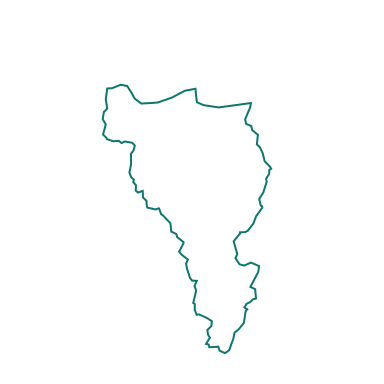 the district of Maunabo, Puerto Rico, rotated 221°
{"feature_id": "32010507B22166841242195", "entity_name": "Maunabo", "entity_type": "district", "adm_level": 2, "iso_a3": "PRI", "parent_name": "Puerto Rico", "parent_adm1": "", "projection": "equal_earth", "projection_center": [-65.926, 18.02], "detail": "fine", "context": "isolated", "style": "outline", "palette": "teal", "viewbox_px": 384, "rotation_deg": 221, "n_neighbors": 0, "source": "geoboundaries", "source_scale": "gbopen_adm2", "svg_char_len": 1901}
<svg xmlns="http://www.w3.org/2000/svg" viewBox="0 0 384 384"><g transform="rotate(221 192 192)"><path d="M61.3,92.1L60.1,97.2L62.4,102.6L64.3,107.9L67.6,113.7L66.7,119.1L66.9,127.1L73.3,137.2L73.3,139.7L76.7,139.3L77.5,143.3L75.8,147.3L75.6,151.1L73.8,153.6L80.6,160.1L85.7,158.7L89.5,175.0L92.7,180.1L101.2,177.4L104.3,170.8L108.8,168.6L115.8,170.6L117.1,174.8L128.2,182.1L128.5,192.2L129.3,193.1L125.7,196.4L124.5,199.1L125.0,208.5L127.7,215.8L128.7,226.4L129.9,227.2L131.3,226.9L136.8,230.9L136.8,231.4L137.9,238.5L142.3,248.7L144.7,250.5L145.7,256.4L148.2,259.4L147.5,261.5L149.7,262.3L157.4,262.9L164.0,267.6L169.7,270.2L174.3,270.5L179.8,278.4L187.2,278.2L190.6,280.7L195.8,278.9L199.6,281.7L203.5,293.7L205.8,297.8L206.1,297.6L215.6,286.7L227.3,273.4L236.5,267.5L240.0,265.3L242.0,264.6L247.2,263.0L250.3,265.7L250.6,266.1L251.7,267.0L257.1,272.2L263.9,263.6L269.3,249.7L275.7,238.6L276.6,237.0L282.4,231.2L288.3,225.5L291.1,225.3L296.4,224.9L302.8,227.2L310.2,229.4L310.5,229.5L316.3,226.0L320.4,217.9L323.9,214.5L317.8,205.3L310.7,199.3L311.0,194.6L307.3,188.5L301.4,186.4L296.8,177.0L292.3,176.7L291.0,176.1L284.7,178.6L280.8,182.6L277.2,182.7L275.9,186.0L269.7,189.8L267.6,189.8L265.6,189.5L263.4,185.1L263.1,180.8L256.3,173.1L252.0,165.6L247.5,163.2L244.1,163.2L242.8,160.9L238.8,160.4L235.4,156.2L232.4,156.1L230.0,160.5L225.3,155.7L220.6,155.5L217.7,152.5L215.5,150.9L207.8,155.1L206.7,157.5L206.0,158.0L200.8,155.0L198.5,155.3L196.4,155.1L187.8,154.2L185.4,152.1L181.7,148.5L176.3,150.0L173.5,148.2L165.4,148.6L164.8,147.7L162.6,138.6L158.7,137.9L150.7,138.3L149.5,134.1L145.8,131.1L137.1,125.8L133.8,125.2L130.1,128.1L128.4,122.7L124.2,120.4L118.3,109.1L116.4,109.3L112.7,104.9L107.9,102.4L106.5,104.2L98.2,106.7L92.2,107.5L89.4,103.5L89.9,98.0L86.2,94.8L82.9,93.8L81.7,86.6L79.3,87.8L77.1,86.2L70.7,92.5L67.1,90.3L61.3,92.1Z" fill="none" stroke="#0f766e" stroke-width="2"/></g></svg>